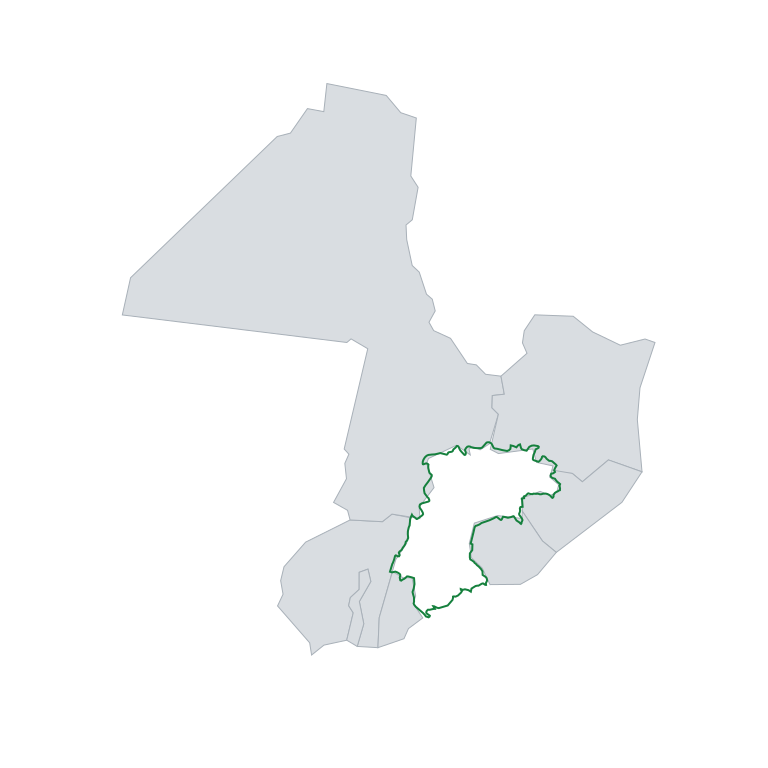 Guinea highlighted, Albers equal-area conic projection, rotated 284°
{"feature_id": "GIN", "entity_name": "Guinea", "entity_type": "country or territory", "adm_level": 0, "iso_a3": "GIN", "parent_name": "Africa", "parent_adm1": "", "projection": "albers", "projection_center": [-10.714, 9.945], "detail": "fine", "context": "with_neighbors", "style": "outline", "palette": "green", "viewbox_px": 768, "rotation_deg": 284, "n_neighbors": 7, "source": "natural_earth", "source_scale": "50m", "svg_char_len": 6732}
<svg xmlns="http://www.w3.org/2000/svg" viewBox="0 0 768 768"><g transform="rotate(284 384 384)"><path d="M126.4,409.8L116.1,388.9L103.5,379.3L114.9,374.5L142.9,334.4L155.6,336.9L168.2,331.3L182.5,331.2L211.6,346.2L243.9,384.0L250.0,415.7L259.7,423.2L260.6,441.7L235.1,444.5L216.5,437.9L156.1,435.9L126.7,441.9L122.9,421.5L146.4,422.4L167.0,412.7L189.2,419.0L200.5,413.2L195.3,405.5L178.7,409.6L168.6,403.0L160.4,403.3L154.5,409.5L126.4,409.8Z" fill="#d9dde1" stroke="#a8b0b8" stroke-width="1"/><path d="M262.1,451.4L259.7,423.2L250.0,415.7L243.9,384.0L252.6,379.2L256.9,363.7L283.0,370.5L297.5,365.2L307.4,366.9L311.3,361.1L414.3,359.7L419.8,341.1L415.3,337.9L387.7,113.4L425.8,112.4L598.3,220.5L604.8,232.5L632.7,243.1L633.7,259.7L661.7,255.9L664.5,316.4L651.3,334.6L649.9,351.0L592.3,359.7L583.1,369.5L550.2,371.7L543.6,366.9L529.6,371.1L505.8,382.7L501.1,391.1L481.4,403.5L478.0,410.3L467.3,416.0L454.8,412.7L447.8,419.3L444.4,437.5L424.1,459.9L424.9,468.9L418.0,480.2L419.9,495.6L403.2,503.2L399.0,491.9L387.0,494.5L382.3,502.3L351.5,500.8L343.4,493.2L344.8,485.3L341.5,482.2L336.0,484.9L342.2,469.3L322.5,445.2L317.4,444.5L295.6,457.6L273.0,447.9L262.1,451.4Z" fill="#d9dde1" stroke="#a8b0b8" stroke-width="1"/><path d="M346.3,502.9L382.3,502.3L387.0,494.5L399.0,491.9L403.2,503.2L419.9,495.6L448.4,515.3L457.4,508.4L469.6,507.2L487.6,513.6L495.5,551.2L485.0,573.8L478.8,603.9L490.8,626.4L489.8,636.9L442.2,633.3L410.8,638.4L361.2,655.6L364.6,620.1L337.1,600.1L342.8,588.3L340.1,575.5L341.2,567.8L345.4,567.7L344.8,551.0L357.0,544.1L344.2,511.9L346.3,502.9Z" fill="#d9dde1" stroke="#a8b0b8" stroke-width="1"/><path d="M126.7,441.9L156.1,435.9L204.0,437.6L200.6,449.3L202.7,458.1L186.0,466.0L178.1,465.4L166.4,478.2L152.6,466.9L141.7,465.0L126.7,441.9Z" fill="#d9dde1" stroke="#a8b0b8" stroke-width="1"/><path d="M341.2,567.8L342.8,588.3L337.1,600.1L364.6,620.1L361.2,655.6L326.8,643.5L262.3,591.9L270.0,575.7L294.1,548.9L306.5,545.3L317.6,561.5L315.9,572.2L321.0,577.8L328.5,577.9L333.8,567.2L341.2,567.8Z" fill="#d9dde1" stroke="#a8b0b8" stroke-width="1"/><path d="M215.0,535.4L229.1,523.9L236.6,510.8L250.0,505.3L270.9,505.3L283.8,526.0L286.9,550.4L294.1,548.9L270.0,575.7L262.3,591.9L236.2,579.1L222.6,564.8L215.0,535.4Z" fill="#d9dde1" stroke="#a8b0b8" stroke-width="1"/><path d="M126.4,409.8L154.5,409.5L160.4,403.3L168.6,403.0L178.7,409.6L195.3,405.5L200.5,413.2L189.2,419.0L167.0,412.7L146.4,422.4L122.9,421.5L126.4,409.8Z" fill="#d9dde1" stroke="#a8b0b8" stroke-width="1"/><path d="M292.7,546.8L290.7,546.5L289.8,546.9L287.1,550.1L285.5,551.3L284.3,551.2L283.0,550.9L282.1,551.1L281.4,550.8L281.7,550.0L282.4,549.0L283.6,545.6L286.9,542.1L287.0,541.4L285.6,539.4L284.2,536.6L284.2,533.7L284.0,531.6L281.1,531.0L280.5,530.6L280.4,529.9L281.2,528.0L282.1,526.2L282.2,525.4L282.0,524.8L280.2,522.9L277.4,519.4L274.9,515.6L272.7,512.2L270.9,510.7L269.2,508.5L268.5,507.2L266.8,506.6L261.6,506.7L255.4,506.7L250.1,506.7L249.8,508.6L244.1,509.8L240.5,508.3L236.6,509.2L234.7,510.1L234.1,512.1L233.2,514.3L232.3,515.2L232.0,516.1L231.5,517.0L230.7,518.1L229.8,520.1L227.9,523.0L226.0,524.9L222.6,525.9L221.5,529.0L220.8,530.2L219.5,531.1L218.1,531.6L216.8,531.3L215.4,531.0L213.8,531.6L213.6,530.8L214.5,528.3L213.8,527.1L211.2,524.5L210.9,523.3L210.1,521.7L206.7,518.4L203.5,518.5L204.4,515.8L204.4,512.2L203.3,510.2L203.6,508.1L203.0,508.3L201.9,509.7L200.2,509.2L196.7,507.0L195.0,504.9L194.8,503.1L194.4,502.4L193.3,502.7L191.1,502.7L184.5,499.4L179.8,491.4L179.7,489.6L180.4,486.5L180.3,485.6L178.1,487.7L177.7,486.3L176.0,483.0L175.6,481.2L174.0,480.3L172.7,480.2L171.7,480.8L170.3,484.5L169.4,484.5L168.4,483.7L168.6,480.9L169.8,479.5L171.2,477.4L175.6,468.6L177.2,466.6L178.2,465.9L180.2,465.8L184.2,464.7L187.5,462.8L189.1,462.0L192.8,462.3L197.2,462.0L202.9,460.1L203.1,457.5L203.1,454.2L202.9,452.9L200.9,451.6L199.7,450.6L198.7,449.3L197.4,448.3L197.5,447.3L199.1,446.5L200.0,446.1L202.4,446.1L203.1,445.7L203.7,444.8L204.4,442.7L204.7,440.4L203.2,437.4L203.3,435.2L211.6,435.6L212.5,435.9L216.2,436.3L218.6,436.3L220.0,436.4L220.6,436.9L220.5,437.8L220.1,439.0L220.5,440.3L221.8,440.6L222.5,440.2L223.2,439.6L223.9,439.2L225.0,439.5L227.4,441.3L229.6,441.8L231.9,442.8L234.2,443.4L236.2,443.3L237.7,444.3L240.5,444.7L244.1,443.4L246.9,442.8L250.9,442.7L253.0,443.1L259.1,442.1L262.1,442.4L263.9,442.7L263.1,443.4L262.4,445.0L261.7,446.9L260.9,448.2L261.2,449.0L263.2,450.7L266.0,453.0L267.2,453.4L268.5,452.8L270.6,450.9L272.3,448.9L273.9,448.0L275.7,448.0L277.2,449.4L279.0,452.6L280.6,455.4L280.8,455.7L281.5,456.2L282.3,456.1L283.2,455.4L283.9,455.0L284.6,453.7L287.8,449.8L290.2,448.7L291.1,448.4L292.8,447.8L295.6,448.7L299.6,450.4L304.6,452.3L306.3,452.6L307.3,452.3L308.8,449.6L310.6,448.6L313.2,447.3L315.4,446.7L316.6,446.6L317.0,445.9L317.3,444.8L317.0,443.7L315.6,441.7L315.6,441.1L316.4,440.7L318.1,440.4L320.2,440.6L322.7,441.4L324.7,442.7L325.9,444.2L327.1,447.4L328.1,450.5L330.6,455.4L330.6,458.4L330.6,462.0L331.7,462.7L332.9,462.9L333.5,463.5L334.7,466.2L335.8,467.0L337.2,467.1L339.7,468.9L341.4,469.6L341.6,470.1L341.6,470.8L340.9,471.7L340.0,472.4L338.5,473.6L337.3,475.1L334.8,478.9L334.7,479.6L335.2,480.1L336.3,480.2L337.4,479.9L339.7,478.5L341.5,479.0L343.3,480.0L343.9,481.1L344.1,482.5L343.7,484.4L343.7,486.4L344.3,489.9L345.2,493.4L346.2,494.7L352.0,497.7L352.6,498.9L352.9,500.2L352.5,502.0L351.9,503.0L350.2,504.5L348.7,505.7L348.2,507.0L348.5,509.4L348.5,514.9L348.8,519.7L350.1,521.4L351.6,522.3L353.4,522.1L355.1,521.8L355.1,524.6L354.6,527.8L356.7,528.8L357.7,529.7L358.3,530.6L355.1,532.4L354.1,533.4L353.7,536.0L353.8,538.5L358.2,540.2L359.9,542.2L360.7,544.4L361.0,548.4L360.6,549.3L359.5,549.4L358.2,548.1L357.3,546.9L356.1,546.9L353.9,546.7L351.3,546.2L348.2,546.4L347.1,546.6L346.4,547.3L346.2,548.6L345.9,552.7L347.0,553.6L349.0,554.6L350.3,555.0L351.4,554.9L352.3,555.5L352.5,557.3L351.9,558.6L350.8,559.8L349.4,562.9L349.7,564.1L349.7,565.8L347.4,570.3L346.7,571.2L343.6,570.3L341.5,570.0L340.0,571.2L339.1,570.5L338.0,569.4L337.6,568.1L336.8,567.8L335.4,567.8L334.2,568.6L333.6,570.0L333.5,571.6L333.4,572.9L332.6,573.7L331.1,575.7L330.3,577.5L329.5,579.1L328.2,579.0L327.6,578.8L327.2,579.2L325.2,580.1L323.5,580.4L323.0,579.5L322.0,578.7L320.9,577.3L319.6,576.1L317.2,575.3L316.2,575.7L315.1,575.6L314.3,575.1L314.4,574.4L315.7,572.6L316.4,571.0L316.8,569.2L316.8,567.5L316.1,565.1L315.0,563.1L314.7,562.0L314.8,560.5L314.6,559.0L314.2,558.2L314.0,556.8L313.7,555.4L313.1,554.9L312.7,552.7L312.8,550.4L311.8,549.6L310.4,548.9L309.5,548.1L309.0,547.1L308.4,546.8L308.0,546.8L307.6,547.5L307.1,547.6L306.2,545.4L305.8,545.4L305.3,545.9L298.4,548.2L298.1,547.3L297.6,546.2L296.3,545.9L294.0,546.7L292.7,546.8Z" fill="none" stroke="#15803d" stroke-width="2"/></g></svg>